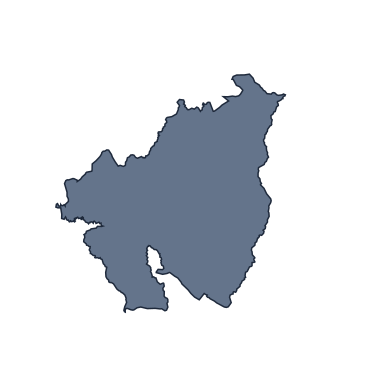 outline of Albania, La Guajira, Colombia, rotated 41°
{"feature_id": "7082276B89391660501858", "entity_name": "Albania", "entity_type": "district", "adm_level": 2, "iso_a3": "COL", "parent_name": "Colombia", "parent_adm1": "La Guajira", "projection": "orthographic", "projection_center": [-72.544, 11.245], "detail": "fine", "context": "isolated", "style": "filled", "palette": "slate", "viewbox_px": 384, "rotation_deg": 41, "n_neighbors": 0, "source": "geoboundaries", "source_scale": "gbopen_adm2", "svg_char_len": 6086}
<svg xmlns="http://www.w3.org/2000/svg" viewBox="0 0 384 384"><g transform="rotate(41 192 192)"><path d="M250.3,297.9L249.3,294.7L246.1,292.4L246.0,290.8L244.1,288.9L242.9,288.6L241.0,289.2L239.3,288.9L236.3,285.2L234.9,285.2L233.2,283.8L232.8,281.3L230.6,279.5L230.0,279.6L228.5,282.5L224.8,282.6L221.1,280.5L220.4,281.1L218.7,281.2L217.8,282.4L217.1,281.5L214.5,279.8L212.9,279.3L212.4,277.7L211.3,277.2L210.7,276.3L208.7,275.7L205.0,276.3L204.7,275.7L204.9,274.8L203.9,273.0L202.3,272.6L201.5,270.3L200.6,270.5L199.2,269.9L199.4,268.6L198.7,267.8L197.4,267.9L197.3,267.0L196.7,266.3L196.7,265.2L195.8,265.2L195.5,264.5L194.9,264.4L194.3,262.1L194.9,261.5L194.6,260.7L195.8,260.1L197.9,260.6L199.0,260.1L201.2,260.2L202.8,259.0L204.4,259.0L207.2,260.0L208.3,259.7L208.6,260.7L209.5,260.8L210.4,262.2L211.6,261.8L213.2,262.7L213.3,264.0L214.4,264.5L214.9,265.7L217.3,267.1L218.4,266.7L219.5,267.1L220.9,268.3L220.7,269.9L217.2,272.6L217.5,275.8L217.9,276.3L223.8,273.4L226.6,269.9L227.7,267.6L228.3,267.3L234.2,266.9L237.7,266.2L243.0,267.2L244.7,268.0L253.2,268.4L257.8,269.3L262.9,269.6L268.2,268.6L267.8,260.6L269.3,260.5L271.1,259.8L271.4,261.0L272.8,261.2L274.3,260.5L275.7,260.7L280.5,259.6L283.4,259.5L291.8,257.6L293.7,256.5L294.7,254.8L294.2,249.8L289.4,246.8L288.4,244.8L289.2,242.8L289.9,242.1L288.8,240.6L289.0,239.8L290.7,239.0L290.4,237.2L289.5,235.9L290.1,231.7L289.0,230.3L288.9,228.0L288.2,226.5L289.0,223.5L288.0,222.6L288.5,221.3L287.0,220.4L285.1,217.5L285.8,215.7L284.5,210.8L285.5,209.3L285.7,208.3L283.6,205.8L285.0,204.4L285.3,203.5L283.0,202.5L282.5,201.8L282.7,200.7L282.4,200.3L278.7,199.8L276.5,197.7L275.0,197.0L273.7,194.9L274.4,191.0L272.9,188.8L273.4,187.2L271.8,183.8L272.1,183.5L272.1,181.5L271.2,180.7L271.6,179.8L273.0,179.0L273.1,176.2L272.1,174.4L270.7,174.2L271.3,171.6L270.3,169.9L269.2,169.6L268.7,165.2L267.1,163.5L266.2,159.8L263.7,157.3L262.4,156.7L260.5,153.5L259.1,152.2L258.4,148.5L257.5,146.7L255.9,145.5L249.5,144.4L243.9,142.0L239.1,141.7L238.7,141.3L238.9,140.1L236.6,139.3L234.6,137.5L231.8,137.1L229.4,134.3L228.4,132.1L227.3,131.6L226.2,129.9L228.4,123.9L227.6,121.8L228.0,120.1L226.9,117.3L226.9,115.5L224.1,114.2L223.3,112.8L221.3,111.9L219.1,109.9L218.6,108.9L216.6,108.8L214.9,108.1L214.4,107.2L213.0,106.9L211.7,105.6L211.6,103.8L209.4,100.8L209.8,99.4L209.1,98.5L209.2,97.0L207.9,95.1L207.5,90.7L208.0,89.8L207.8,88.7L206.7,87.8L205.1,84.9L203.6,84.7L201.4,82.5L202.0,80.2L201.3,77.7L202.0,76.7L200.0,72.3L200.4,70.1L199.3,69.1L197.8,68.5L197.2,67.6L198.0,66.3L198.9,63.6L198.8,62.2L199.3,61.8L198.5,61.2L198.5,59.3L199.1,58.6L198.7,57.4L196.7,58.1L196.3,59.5L193.8,62.4L192.4,63.0L189.4,62.9L188.2,63.6L187.6,64.4L187.6,66.1L184.1,68.6L180.8,68.0L179.4,68.4L176.5,67.7L175.1,67.9L172.7,67.1L167.3,68.0L163.4,66.0L158.0,65.4L154.8,69.2L149.0,74.4L147.3,77.8L148.2,80.7L149.3,80.0L155.6,82.4L158.8,81.3L163.2,81.7L163.7,82.1L164.4,86.4L164.2,88.7L162.3,91.4L159.6,93.1L156.5,96.7L153.1,99.5L159.9,99.3L157.6,106.7L157.3,110.1L155.9,116.2L155.1,117.2L146.7,112.7L145.3,113.7L144.9,114.8L145.3,116.2L143.9,117.8L142.4,117.3L142.1,117.7L142.8,119.3L143.9,119.0L144.6,119.4L144.5,121.7L145.8,123.3L145.3,124.6L145.4,125.6L141.6,124.4L139.9,124.8L139.4,127.9L136.9,128.9L135.9,131.5L135.0,132.6L134.4,132.4L133.7,132.7L132.4,132.1L130.5,132.3L130.1,131.0L128.0,131.1L128.1,130.5L127.3,129.7L127.3,129.1L125.3,128.1L121.9,130.4L121.9,134.0L125.9,135.0L126.5,136.6L126.4,137.4L127.6,138.8L129.1,143.3L127.3,148.4L124.4,152.0L124.2,153.2L124.7,154.8L126.0,154.9L127.3,156.1L127.0,158.4L128.4,160.3L127.8,161.9L128.4,162.5L128.3,163.6L129.4,165.1L129.2,166.8L127.3,168.7L127.7,169.9L128.9,170.0L129.1,171.1L130.3,171.0L130.0,172.0L130.6,172.6L130.5,173.4L131.4,174.0L131.8,175.8L132.6,176.6L131.6,179.1L133.0,181.9L132.4,183.1L132.3,186.2L133.3,187.7L133.4,189.3L134.7,191.6L134.4,194.0L133.4,195.2L134.3,196.6L133.7,197.5L132.9,197.6L132.7,198.3L130.6,198.4L128.7,202.3L126.7,202.9L124.1,202.3L122.8,202.9L121.5,204.3L121.6,206.7L120.8,208.5L122.2,211.3L122.3,213.1L124.1,215.4L124.1,216.1L123.3,217.8L120.3,219.0L119.3,220.9L114.1,219.6L109.0,217.9L106.5,216.5L101.6,215.1L100.1,216.1L99.3,218.5L98.2,219.5L98.1,221.4L98.8,222.7L99.3,225.6L99.1,231.4L98.3,236.3L102.2,241.0L102.7,242.1L99.5,246.2L99.4,247.7L99.8,248.4L99.2,252.5L99.5,255.4L98.5,259.4L97.6,258.4L94.1,259.4L93.2,260.1L91.0,263.8L89.8,264.7L89.3,266.2L90.3,269.3L97.8,274.1L100.5,277.2L103.2,278.3L104.9,280.2L104.5,284.9L105.4,285.8L103.8,285.6L103.5,287.1L101.9,287.8L101.2,287.6L102.1,288.8L101.6,289.4L100.5,289.9L98.1,289.0L97.7,290.2L99.2,292.7L101.1,292.0L103.3,290.1L108.3,294.2L111.0,297.5L113.4,296.5L112.9,293.8L114.5,294.4L115.3,295.2L116.5,295.0L116.9,294.4L119.0,295.0L119.4,294.6L119.2,293.4L120.7,293.3L121.6,291.8L123.0,291.6L123.0,290.5L121.6,290.5L121.9,288.6L121.1,289.4L120.7,289.1L122.3,286.0L123.8,286.4L125.1,284.7L126.3,285.4L126.7,285.1L126.8,284.1L125.5,283.3L125.6,282.7L126.8,282.7L128.3,284.2L129.5,283.8L131.3,284.5L133.6,283.6L134.8,283.9L134.7,282.4L135.2,282.0L134.9,281.6L135.9,280.3L137.9,280.3L137.1,279.1L137.3,278.2L139.3,278.2L140.2,278.7L141.6,275.8L143.2,276.3L143.7,275.2L145.6,276.8L147.1,276.2L146.5,277.2L143.2,279.9L143.4,282.1L140.0,286.1L140.1,287.3L138.1,290.9L139.0,292.9L138.4,295.1L139.4,295.3L141.0,296.8L141.6,298.8L142.9,300.6L146.1,300.5L147.3,301.3L148.7,300.6L150.2,300.7L151.0,300.0L152.0,301.5L152.1,302.6L152.8,303.3L154.6,303.7L155.6,305.1L156.3,304.7L159.1,304.7L160.6,303.6L161.2,303.9L161.6,305.2L162.1,305.2L164.0,303.4L165.4,303.1L165.8,301.8L167.1,302.4L168.4,301.9L172.1,304.3L174.0,304.4L175.4,305.2L177.0,304.7L179.6,309.3L182.7,312.4L184.9,313.2L186.6,313.1L188.3,314.4L189.6,314.1L190.6,313.2L193.0,312.8L198.9,314.5L201.5,314.5L203.0,313.9L204.5,314.2L205.6,313.7L208.9,313.8L212.0,315.4L212.6,316.5L215.1,318.2L216.5,322.7L218.2,326.0L219.6,326.6L220.4,326.4L219.0,324.9L218.6,323.2L219.7,322.2L223.1,321.0L224.8,320.0L225.5,319.1L226.5,315.4L228.8,312.4L234.8,309.3L240.5,304.0L244.7,301.1L245.7,300.0L249.5,299.4L250.3,297.9Z" fill="#64748b" stroke="#1e293b" stroke-width="1.5"/></g></svg>